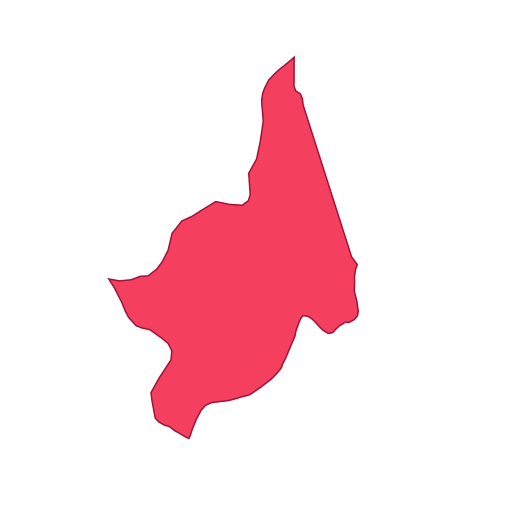 the district of Millet, Anse-la-Raye, Saint Lucia, rotated 29°
{"feature_id": "8701671B66361265375763", "entity_name": "Millet", "entity_type": "district", "adm_level": 2, "iso_a3": "LCA", "parent_name": "Saint Lucia", "parent_adm1": "Anse-la-Raye", "projection": "natural_earth1", "projection_center": [-60.988, 13.911], "detail": "fine", "context": "isolated", "style": "filled", "palette": "rose", "viewbox_px": 512, "rotation_deg": 29, "n_neighbors": 0, "source": "geoboundaries", "source_scale": "gbopen_adm2", "svg_char_len": 2076}
<svg xmlns="http://www.w3.org/2000/svg" viewBox="0 0 512 512"><g transform="rotate(29 256 256)"><path d="M138.4,347.5L147.9,352.7L161.0,361.6L168.6,367.7L174.2,371.4L185.0,375.1L191.3,374.2L198.9,371.9L214.4,373.7L221.6,375.1L228.4,379.8L232.0,388.2L230.4,409.6L230.4,426.4L234.8,432.5L246.3,446.5L251.5,448.3L257.9,448.3L263.2,447.1L269.1,448.2L272.5,448.2L274.0,448.2L282.5,448.4L283.0,448.4L285.8,448.2L285.6,445.8L285.6,445.4L284.2,437.9L283.6,432.9L283.4,430.9L283.0,427.9L282.8,417.3L284.2,411.3L286.1,408.6L288.6,405.4L292.4,402.7L292.8,402.4L293.4,402.0L296.0,400.0L297.6,399.1L302.4,395.4L304.9,393.1L309.6,388.4L311.0,386.9L317.1,381.1L318.7,378.6L323.6,368.8L326.3,362.5L327.7,359.5L329.0,356.3L330.1,352.4L331.6,346.4L332.4,341.0L331.6,337.9L331.6,337.1L331.5,332.0L331.4,330.2L329.8,316.5L329.7,315.4L329.7,315.0L329.6,314.1L329.0,307.6L327.2,301.9L325.8,293.0L325.4,288.8L325.8,286.7L326.2,285.2L330.9,283.5L335.9,284.0L337.7,284.4L345.9,287.1L346.7,287.4L350.6,288.4L355.0,288.7L356.6,288.7L357.2,288.3L360.1,286.0L360.4,285.2L361.2,281.6L362.5,277.5L362.8,276.5L363.0,276.1L364.5,273.8L365.0,272.7L366.2,270.5L366.9,270.1L369.5,269.2L370.7,267.2L371.6,265.9L372.4,264.6L373.1,262.7L373.6,259.2L373.4,258.2L373.3,257.8L372.6,255.8L372.3,254.8L371.9,254.3L371.8,254.0L370.7,252.8L366.4,247.0L365.9,246.2L365.3,245.7L362.2,242.5L359.0,239.0L355.4,231.9L353.8,229.0L352.2,226.4L351.7,225.1L349.6,219.6L348.8,215.1L348.7,214.4L339.8,210.3L338.8,209.3L337.6,208.1L336.3,206.9L331.0,201.9L224.1,101.2L220.4,96.0L216.2,92.7L210.6,92.3L206.9,89.0L193.0,63.6L191.7,67.5L191.2,68.5L189.5,72.9L188.3,76.2L186.5,80.1L184.8,84.9L183.6,88.6L182.8,92.3L181.8,95.9L182.0,100.8L182.1,104.3L182.8,109.7L184.0,113.2L185.3,116.8L186.3,118.3L188.5,122.0L190.3,124.5L197.0,134.6L204.4,154.3L209.5,170.9L209.5,187.1L221.2,205.2L222.5,211.3L219.4,218.3L207.4,223.9L194.4,227.9L186.7,241.5L180.6,252.6L174.2,261.2L171.6,276.8L176.3,293.5L176.8,306.6L175.5,315.7L171.2,325.8L164.7,329.8L158.2,337.4L148.8,343.9L138.4,347.5Z" fill="#f43f5e" stroke="#9f1239" stroke-width="1.5"/></g></svg>